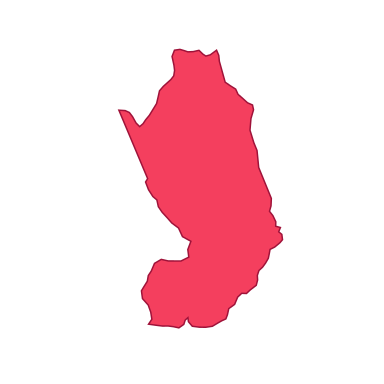 outline of Nerópolis, Goiás, Brazil, rotated 27°
{"feature_id": "56859067B33063676533172", "entity_name": "Nerópolis", "entity_type": "district", "adm_level": 2, "iso_a3": "BRA", "parent_name": "Brazil", "parent_adm1": "Goiás", "projection": "albers", "projection_center": [-49.185, -16.43], "detail": "fine", "context": "isolated", "style": "filled", "palette": "rose", "viewbox_px": 384, "rotation_deg": 27, "n_neighbors": 0, "source": "geoboundaries", "source_scale": "gbopen_adm2", "svg_char_len": 1546}
<svg xmlns="http://www.w3.org/2000/svg" viewBox="0 0 384 384"><g transform="rotate(27 192 192)"><path d="M194.0,85.4L188.7,84.1L184.2,80.5L177.6,79.9L171.7,79.1L157.1,63.2L153.8,58.1L149.5,54.5L146.0,61.5L142.6,64.6L139.1,64.2L133.9,62.6L129.3,66.4L124.7,69.0L120.7,69.6L116.5,70.4L112.0,73.6L112.7,80.3L118.4,87.3L121.3,91.6L123.0,96.8L122.1,101.5L120.8,104.9L118.5,110.9L117.1,116.6L118.6,122.4L120.3,129.3L119.2,143.0L117.9,148.8L117.4,153.3L115.7,157.5L110.8,155.9L104.7,151.8L100.1,149.6L95.5,149.8L89.7,152.3L146.4,200.2L146.1,204.2L152.2,209.7L159.2,213.8L164.3,215.0L168.7,220.4L174.8,223.7L181.1,226.0L188.1,228.8L196.3,230.2L203.8,236.1L213.4,236.4L214.4,245.2L218.7,251.5L213.5,258.5L202.2,264.2L195.2,266.0L191.0,272.6L191.6,280.9L191.0,286.3L192.7,291.8L192.1,298.8L191.8,303.0L196.3,309.5L204.3,312.6L209.8,317.8L214.0,323.6L213.3,329.5L221.4,326.7L226.6,324.8L231.6,322.2L236.7,320.4L242.0,319.0L244.8,313.7L244.1,309.2L245.4,305.8L247.7,309.2L253.2,311.5L259.9,309.1L265.6,306.3L271.1,302.4L274.5,297.0L277.0,293.2L279.8,289.7L279.3,285.3L277.7,279.2L281.0,272.8L280.4,264.9L282.3,259.7L286.6,257.7L288.4,252.7L291.6,246.0L290.4,240.6L288.1,236.7L287.3,231.5L289.0,227.0L289.8,222.0L290.1,216.4L288.8,211.7L287.6,207.7L290.7,203.5L293.4,197.2L294.3,193.4L291.3,189.0L287.3,188.1L286.9,183.5L282.1,184.5L280.2,180.5L274.9,176.4L269.8,174.0L268.7,168.5L265.6,161.7L240.3,139.9L231.1,125.5L224.7,120.0L215.6,110.6L211.2,99.8L209.5,90.8L206.4,87.0L200.9,87.3L194.0,85.4Z" fill="#f43f5e" stroke="#9f1239" stroke-width="1.5"/></g></svg>